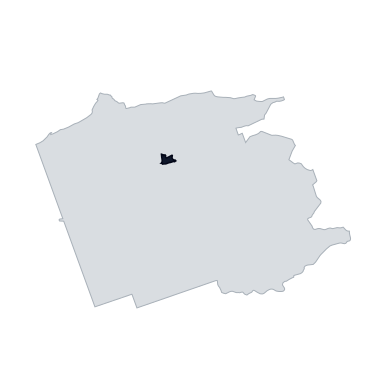 Bahri, Khartoum, Sudan (highlighted), rotated 250°
{"feature_id": "16777658B15021592307574", "entity_name": "Bahri", "entity_type": "district", "adm_level": 2, "iso_a3": "SDN", "parent_name": "Sudan", "parent_adm1": "Khartoum", "projection": "equal_earth", "projection_center": [32.683, 15.975], "detail": "fine", "context": "in_parent", "style": "filled", "palette": "ink", "viewbox_px": 384, "rotation_deg": 250, "n_neighbors": 0, "source": "geoboundaries", "source_scale": "gbopen_adm2", "svg_char_len": 5358}
<svg xmlns="http://www.w3.org/2000/svg" viewBox="0 0 384 384"><g transform="rotate(250 192 192)"><path d="M250.1,310.5L247.3,310.5L247.0,309.6L247.0,307.2L247.3,305.3L248.4,302.4L248.1,300.8L248.3,298.6L247.5,296.0L240.8,288.6L239.5,286.5L235.9,284.6L236.5,282.5L235.0,267.4L235.8,265.6L236.0,263.0L235.9,260.6L236.8,256.8L236.9,255.1L229.8,255.0L229.7,256.7L230.0,258.5L230.0,259.3L220.1,259.3L224.1,265.3L224.2,267.9L224.0,271.1L224.1,273.2L224.3,274.6L225.4,277.2L225.3,277.7L225.0,278.4L218.0,286.3L216.8,290.0L215.9,291.9L213.8,295.2L207.4,303.7L206.4,304.3L201.5,304.6L201.0,304.8L200.6,305.1L200.4,305.1L196.2,300.1L189.2,294.1L184.5,297.2L183.2,298.3L183.2,301.2L182.5,302.7L181.2,304.3L177.7,305.3L175.9,306.2L173.8,307.8L171.7,310.5L171.5,312.0L171.8,313.2L159.9,313.2L159.1,312.2L157.4,307.7L156.2,307.9L145.3,307.4L143.8,307.9L140.6,309.7L139.1,310.0L137.5,309.2L131.8,300.3L130.6,299.3L129.3,297.2L128.1,296.2L127.7,295.6L127.6,294.6L127.6,292.7L127.2,291.5L126.3,291.2L118.7,293.2L117.6,293.0L115.9,293.4L115.4,293.7L114.7,294.9L114.6,297.3L114.4,298.5L113.8,299.9L111.6,302.9L111.1,304.2L111.2,307.5L111.0,309.2L110.7,309.9L109.7,311.2L109.4,311.9L108.9,316.2L107.7,318.7L107.4,319.7L107.3,321.5L107.2,322.1L103.7,323.5L102.4,324.5L101.6,325.9L101.4,326.5L99.9,326.0L98.0,325.6L94.4,325.2L92.9,324.5L92.2,323.5L92.5,320.9L92.1,320.4L91.6,319.9L91.2,318.8L91.3,317.5L93.2,314.5L93.6,312.9L94.2,305.5L94.1,303.2L92.6,299.0L89.2,291.8L88.4,290.4L84.1,284.5L83.6,283.6L82.5,281.1L83.8,275.7L83.9,274.2L83.6,272.6L82.5,271.4L81.5,271.3L80.3,269.8L79.4,269.2L78.7,267.9L78.2,266.1L78.7,259.7L78.4,258.8L77.3,258.6L77.1,258.1L77.1,256.9L76.6,253.2L75.9,250.2L76.3,248.5L75.4,246.2L73.7,245.2L70.2,246.0L69.1,245.9L68.4,245.4L67.9,244.6L67.6,243.6L67.9,242.1L68.9,239.4L70.2,237.2L72.7,235.1L73.4,234.0L73.8,232.8L73.9,231.4L73.7,230.0L73.5,228.7L72.8,226.9L72.1,224.8L72.1,223.4L72.5,222.4L73.1,221.2L75.6,218.9L78.2,216.9L78.6,216.2L78.5,215.4L77.4,213.8L77.1,210.6L76.4,208.4L77.7,206.8L78.7,206.2L80.2,205.7L80.8,205.0L81.0,203.7L81.0,202.4L81.5,201.5L82.2,199.5L82.8,198.6L84.8,196.2L85.3,194.7L85.4,193.3L84.9,188.9L86.1,187.0L87.5,185.5L89.6,185.6L92.8,185.3L94.9,184.6L96.5,184.6L100.0,185.5L100.3,185.1L100.6,183.9L101.9,100.6L116.4,100.6L116.5,100.5L117.3,61.5L207.8,61.5L208.5,61.4L210.0,57.7L210.6,57.5L211.5,57.7L211.8,58.5L211.1,61.5L290.1,61.5L290.3,65.9L291.0,69.5L293.3,74.6L295.2,77.3L295.9,78.8L296.0,79.5L295.9,80.2L295.3,79.4L294.3,78.9L294.2,81.3L294.7,86.2L295.6,89.6L295.0,92.8L295.2,98.2L296.2,104.6L296.1,108.8L297.8,118.4L299.5,123.8L300.4,125.1L301.4,125.8L303.3,126.2L306.1,129.0L308.4,131.8L309.2,133.4L310.3,135.0L311.1,134.7L311.5,134.3L312.3,135.6L315.8,138.5L316.4,139.8L315.1,141.2L313.7,143.4L313.0,145.5L312.6,146.2L311.4,147.5L311.2,148.2L310.7,148.6L310.2,148.6L309.0,149.3L307.9,149.1L306.8,149.5L306.4,150.0L305.5,150.4L304.3,150.7L302.5,152.4L300.9,153.3L300.3,154.0L299.5,157.6L298.9,158.5L296.5,158.6L295.4,158.9L293.8,158.5L293.0,158.6L292.8,159.3L292.5,162.4L292.6,163.7L291.3,167.2L291.7,173.7L290.4,178.6L290.3,179.7L289.0,183.6L288.3,185.0L286.7,192.3L286.1,194.5L284.7,196.8L286.2,214.3L285.1,219.7L285.1,222.6L284.3,226.9L283.7,228.9L282.6,231.3L281.7,234.0L280.9,237.6L280.4,244.3L280.2,244.9L275.9,245.7L274.6,246.2L273.7,247.0L272.6,248.7L270.4,253.4L269.3,256.3L267.5,260.3L265.4,263.1L265.0,264.5L264.7,267.1L263.9,271.1L263.2,274.0L263.3,276.3L262.7,280.3L262.8,282.3L262.1,283.3L261.1,284.4L260.4,284.6L257.4,281.9L255.3,283.8L254.0,286.4L253.0,289.0L253.6,294.6L253.5,295.8L253.3,297.1L251.3,302.6L250.7,305.1L250.1,309.4L250.1,310.5Z" fill="#d9dde1" stroke="#a8b0b8" stroke-width="1"/><path d="M238.0,176.2L237.8,176.1L237.7,176.1L237.2,176.0L234.9,175.4L234.2,175.3L232.4,174.9L231.3,174.6L231.0,174.5L230.8,174.3L230.6,174.1L230.0,173.5L229.9,173.4L229.7,173.3L229.7,173.2L229.4,173.0L229.4,172.9L229.3,173.0L229.3,173.3L229.3,173.5L229.2,173.7L229.2,173.8L228.9,173.9L228.7,173.9L228.5,174.0L228.4,174.0L228.2,174.0L228.1,174.3L228.1,174.5L228.2,174.8L228.2,175.0L228.0,175.3L227.9,175.5L227.8,175.8L227.7,176.0L227.6,176.3L227.5,176.5L227.5,176.8L227.4,177.1L227.4,177.3L227.4,177.5L227.4,177.8L227.3,178.0L227.4,178.3L227.4,178.6L227.4,178.8L227.4,179.0L227.4,179.5L227.4,179.8L227.4,180.0L227.3,180.3L227.4,180.5L227.5,180.7L227.5,181.0L227.4,181.1L227.3,181.3L227.2,181.4L227.2,181.5L227.1,181.9L227.2,182.1L227.2,182.4L227.2,182.6L227.1,182.8L227.0,183.0L227.0,183.3L227.1,183.5L227.1,183.8L227.1,184.0L227.0,184.3L227.1,184.5L227.0,185.0L226.9,185.3L227.0,185.4L226.9,185.4L226.9,185.6L226.8,185.8L226.7,185.9L226.7,186.1L226.7,186.3L226.7,186.5L226.5,186.8L226.5,187.0L226.5,186.9L226.6,187.0L226.7,187.3L226.8,187.2L227.0,187.2L227.3,187.2L227.5,187.2L227.8,187.0L227.7,186.8L227.7,186.6L227.7,186.3L227.7,185.9L227.9,185.9L228.3,185.9L228.5,185.9L228.7,185.7L228.8,185.4L229.0,185.3L229.7,185.1L230.2,184.9L230.8,184.9L231.0,184.9L231.3,185.1L232.1,185.5L232.7,185.8L233.0,186.0L233.3,185.9L233.4,185.7L233.2,184.2L232.9,181.9L232.9,181.6L232.7,180.2L232.8,179.6L233.1,179.3L233.7,179.1L234.4,179.3L234.8,179.6L235.2,179.7L235.9,179.5L236.2,179.3L236.2,178.9L236.1,178.5L235.9,178.2L235.9,177.6L236.2,177.3L236.4,177.2L236.5,177.4L236.4,177.7L236.4,177.8L236.5,178.0L236.7,177.9L236.8,177.7L238.0,176.2L238.0,176.2Z" fill="#0f172a" stroke="#020617" stroke-width="1.5"/></g></svg>